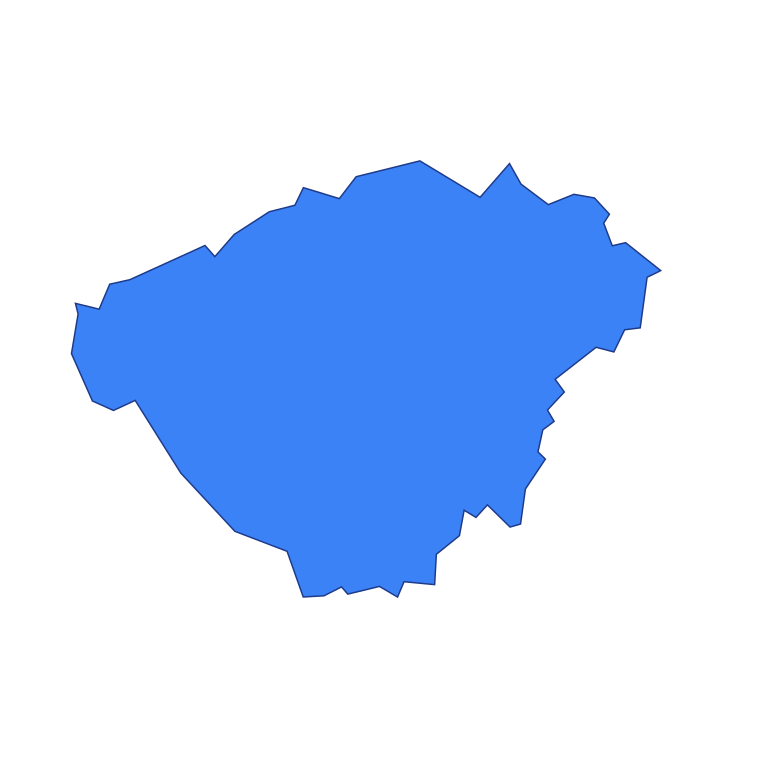 outline of Leslie, Kentucky, United States of America, rotated 76°
{"feature_id": "52423323B44455314704802", "entity_name": "Leslie", "entity_type": "district", "adm_level": 2, "iso_a3": "USA", "parent_name": "United States of America", "parent_adm1": "Kentucky", "projection": "albers", "projection_center": [-83.367, 37.102], "detail": "fine", "context": "isolated", "style": "filled", "palette": "blue", "viewbox_px": 768, "rotation_deg": 76, "n_neighbors": 0, "source": "geoboundaries", "source_scale": "gbopen_adm2", "svg_char_len": 901}
<svg xmlns="http://www.w3.org/2000/svg" viewBox="0 0 768 768"><g transform="rotate(76 384 384)"><path d="M221.3,605.5L220.8,626.0L242.5,642.3L231.1,663.9L242.1,663.9L278.9,679.9L330.0,671.0L344.2,652.9L339.7,629.4L421.3,602.7L490.9,564.3L522.9,518.5L571.1,513.9L575.0,493.5L570.6,474.3L579.1,470.0L579.3,437.4L594.0,422.4L580.7,412.4L590.9,383.4L561.9,374.4L549.4,347.5L525.9,336.8L535.7,327.0L526.3,312.9L553.3,296.3L552.9,285.4L520.1,272.2L495.9,245.6L487.1,251.0L466.9,241.0L461.4,228.0L448.8,231.7L435.4,211.0L420.8,216.8L399.7,169.3L408.5,153.2L389.6,137.4L391.5,121.8L344.1,102.9L340.9,88.1L305.3,115.4L305.1,129.1L281.1,131.9L273.8,124.2L254.4,134.8L245.9,153.8L249.7,181.2L223.2,202.7L200.5,208.9L226.1,245.6L176.2,295.2L176.1,360.8L193.3,382.5L174.0,414.7L189.0,427.2L189.1,453.6L202.6,493.1L219.5,517.3L206.3,524.2L221.3,605.5Z" fill="#3b82f6" stroke="#1e3a8a" stroke-width="1.5"/></g></svg>